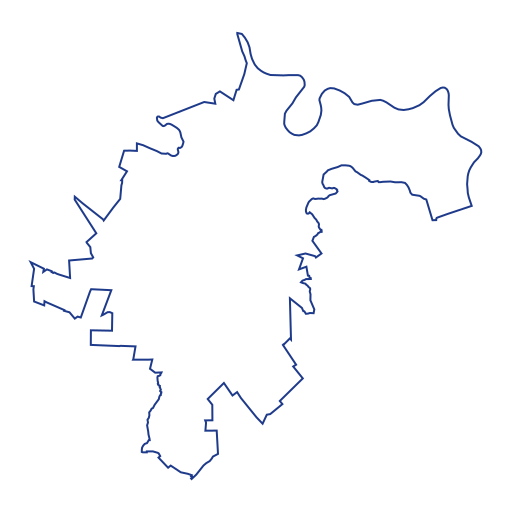 outline of Catazajá, Chiapas, Mexico
{"feature_id": "50627088B33192672219794", "entity_name": "Catazajá", "entity_type": "district", "adm_level": 2, "iso_a3": "MEX", "parent_name": "Mexico", "parent_adm1": "Chiapas", "projection": "robinson", "projection_center": [-91.989, 17.768], "detail": "fine", "context": "isolated", "style": "outline", "palette": "blue", "viewbox_px": 512, "rotation_deg": 0, "n_neighbors": 0, "source": "geoboundaries", "source_scale": "gbopen_adm2", "svg_char_len": 6025}
<svg xmlns="http://www.w3.org/2000/svg" viewBox="0 0 512 512"><path d="M442.9,87.5L440.7,88.0L435.6,91.2L430.0,95.9L423.6,102.2L419.4,105.2L412.9,108.1L408.4,109.3L403.6,110.0L398.4,109.4L394.4,107.7L386.5,102.4L383.1,100.7L380.3,99.9L371.7,100.8L362.4,103.5L357.7,104.7L354.3,104.1L352.5,102.5L349.2,96.9L344.6,93.2L339.7,90.5L334.1,88.4L330.3,88.1L327.8,88.8L324.8,90.5L321.9,93.8L319.6,98.4L319.4,100.1L320.7,105.0L321.2,107.7L321.4,110.6L320.8,115.0L318.4,122.0L316.8,125.3L313.9,128.4L310.2,131.4L306.2,133.4L302.0,134.9L298.9,135.4L294.3,134.9L291.9,133.7L289.6,132.2L287.7,130.2L285.7,127.6L284.7,125.5L284.2,123.8L284.3,121.2L284.9,113.7L286.5,110.7L292.4,103.4L295.9,97.4L304.2,86.8L304.7,85.1L304.5,82.0L304.0,80.2L303.2,78.8L301.9,77.1L300.2,75.7L298.0,75.1L289.5,75.1L283.4,75.4L270.4,75.0L266.3,73.6L263.6,72.4L261.0,70.8L257.7,68.2L254.8,64.6L253.6,62.2L252.0,58.8L250.6,54.0L249.5,47.4L247.7,42.4L244.9,37.7L241.9,34.0L237.3,33.0L237.3,34.1L242.2,51.3L244.5,56.4L245.5,59.8L246.8,63.2L244.3,74.1L238.9,89.5L236.6,89.8L233.4,100.2L219.9,91.4L215.8,93.9L214.3,98.6L215.3,103.7L204.2,102.0L162.9,118.2L160.6,117.6L159.0,116.5L157.6,116.6L157.0,117.4L156.9,118.0L157.3,120.6L158.0,121.6L159.2,122.8L162.6,125.9L163.3,126.1L164.6,125.8L167.0,123.9L168.7,123.7L170.1,124.0L171.7,124.7L175.3,126.9L177.1,128.1L179.0,129.8L179.9,131.3L180.4,132.7L181.4,137.4L183.5,141.6L183.2,143.2L182.4,145.7L181.8,146.8L181.2,147.3L179.9,148.0L178.8,147.7L178.0,148.4L177.8,148.9L177.8,149.6L178.3,151.5L178.4,152.4L178.0,153.7L176.9,154.8L175.5,155.7L174.8,155.9L172.8,156.0L171.1,155.5L168.1,153.5L167.3,153.3L166.2,153.8L161.5,153.5L156.9,151.1L149.8,148.2L143.1,145.2L136.9,143.4L136.9,150.9L130.3,150.6L124.1,150.7L119.2,166.9L127.0,171.3L121.3,180.2L122.2,180.2L122.1,182.9L121.4,185.3L120.2,198.9L113.4,207.4L103.7,220.5L103.1,219.4L82.6,203.3L74.8,196.7L74.7,199.6L96.3,233.3L86.5,242.1L86.8,242.8L90.3,247.1L90.9,253.2L93.2,257.4L92.2,258.5L69.1,260.5L70.1,278.0L59.2,274.6L56.9,273.8L54.5,272.5L53.7,272.6L53.5,272.9L52.9,272.8L52.7,272.4L51.9,272.2L52.1,271.9L51.7,271.5L51.7,271.2L46.9,269.4L43.3,271.9L43.9,268.7L30.7,262.2L34.1,268.8L31.6,286.1L33.8,286.2L33.4,289.4L34.1,301.5L44.2,305.4L44.5,301.2L46.5,302.3L64.4,310.1L64.1,310.8L69.5,312.3L74.8,318.6L77.6,316.6L80.8,317.5L90.0,291.6L91.1,289.2L111.3,290.2L101.8,315.4L103.5,314.6L107.6,312.2L109.8,312.1L112.3,313.2L112.0,330.7L90.9,330.3L90.8,344.9L119.6,346.1L120.1,345.9L122.0,345.9L135.5,346.4L133.3,359.3L133.1,359.7L147.7,359.7L152.3,359.5L150.0,368.8L155.2,372.7L161.5,372.4L161.2,373.1L160.4,374.1L160.3,375.2L159.3,375.8L157.7,376.2L157.4,377.6L157.7,381.3L157.9,381.7L158.2,383.1L157.8,383.6L158.0,384.4L158.1,384.7L158.5,384.7L159.3,385.7L159.9,385.9L159.9,386.3L159.6,387.0L160.1,387.6L160.2,388.5L160.8,389.4L160.8,389.8L160.1,391.0L160.4,391.4L161.4,392.1L161.3,393.0L161.0,393.2L160.8,395.0L160.4,395.0L160.0,395.4L159.3,396.9L158.8,399.2L154.7,404.7L153.0,408.0L151.6,408.7L150.7,410.5L149.2,412.4L149.4,415.3L148.8,417.8L147.5,419.8L148.0,422.5L147.1,425.3L148.2,431.5L148.5,434.5L149.5,438.6L149.7,440.1L148.8,440.1L147.0,443.1L144.7,443.9L143.2,445.6L142.1,447.6L141.8,449.8L141.8,452.0L142.8,452.3L146.8,452.3L146.8,451.4L152.9,451.4L157.7,452.8L158.6,453.3L160.2,456.1L158.5,457.6L168.1,467.7L170.7,465.6L180.8,472.3L187.8,473.8L191.8,475.2L191.2,476.2L191.6,476.3L192.8,477.0L191.1,478.4L191.6,479.0L196.2,474.7L203.5,465.5L206.3,463.1L209.7,461.1L211.8,458.5L212.9,456.6L218.0,453.9L216.7,430.6L205.4,430.7L206.0,423.4L206.0,422.5L205.2,420.4L212.4,420.3L212.3,404.8L207.7,399.0L223.9,383.0L232.5,395.5L237.1,392.1L240.9,398.0L256.5,417.3L262.6,423.7L266.8,414.7L270.2,414.1L282.4,404.1L279.8,401.0L302.8,378.4L293.2,366.5L296.1,364.7L282.9,344.9L283.2,344.6L283.4,344.9L289.9,338.4L291.0,339.6L289.9,298.3L301.9,307.9L303.3,311.1L303.9,311.1L304.4,311.4L305.9,313.8L308.0,313.6L309.9,313.0L313.6,313.2L314.3,309.4L310.4,300.3L310.5,294.2L309.8,291.7L309.8,290.9L310.2,289.6L310.1,288.3L308.5,286.9L307.5,285.6L306.1,284.6L305.5,283.7L302.7,283.0L301.0,282.3L302.5,280.6L304.6,279.9L306.0,279.1L310.8,279.0L310.7,278.0L309.6,277.7L309.2,275.8L307.9,275.6L306.4,266.7L299.0,269.4L303.0,258.3L297.2,255.4L305.5,253.5L314.9,256.1L315.2,256.3L315.9,257.5L321.5,253.5L312.4,240.8L313.9,236.9L315.6,236.0L317.4,234.5L318.0,233.3L318.5,232.9L319.3,232.7L320.4,231.8L321.6,231.9L321.7,231.1L321.6,230.5L321.4,229.8L320.6,229.8L320.3,229.5L319.0,227.5L318.7,226.4L319.0,224.2L318.4,222.8L317.2,221.5L316.5,220.1L316.0,219.4L314.6,218.0L312.2,214.3L309.7,212.3L308.9,213.3L308.6,213.5L307.8,213.7L306.7,213.4L306.0,211.7L305.9,209.9L306.4,207.4L308.4,202.7L309.0,201.7L311.7,199.1L313.2,198.4L315.1,199.0L318.4,198.6L320.1,198.7L321.8,198.6L323.6,199.1L324.8,198.8L326.8,197.9L328.0,196.9L328.6,196.0L329.3,195.5L330.0,195.1L335.4,193.6L335.8,193.4L337.2,191.9L337.5,191.4L337.1,190.6L337.2,190.0L336.8,189.7L336.6,189.2L334.5,188.0L333.6,187.9L332.2,188.4L329.1,187.8L328.3,188.0L327.7,188.5L326.8,188.6L325.4,188.2L324.9,187.9L324.1,186.9L323.5,185.3L322.6,183.8L322.2,182.1L323.6,174.5L326.8,171.6L327.9,170.3L331.7,168.8L337.8,167.0L341.5,165.3L345.2,165.3L348.9,165.7L350.3,166.1L351.4,166.8L352.7,167.9L355.5,171.4L357.1,172.2L360.8,174.9L362.3,175.5L365.8,177.7L369.3,180.1L369.1,180.8L370.8,181.8L371.7,182.0L373.5,182.0L373.9,181.7L377.8,181.0L378.6,182.1L380.7,182.1L382.8,181.8L390.5,181.5L395.2,182.3L401.5,182.2L405.0,182.9L406.9,184.9L408.5,187.4L409.9,190.8L410.4,192.7L412.2,194.7L419.4,195.8L420.4,196.2L423.8,198.7L426.3,199.5L432.5,220.2L436.2,220.1L436.3,218.7L436.7,217.9L437.9,217.4L448.0,213.8L471.7,205.9L468.8,197.3L467.8,193.0L467.6,189.8L467.1,184.2L467.7,176.4L468.3,173.4L469.3,170.3L470.8,167.3L474.0,162.3L477.9,158.3L480.0,155.4L480.8,154.0L481.3,152.3L481.1,150.1L480.3,148.4L478.7,146.3L471.7,141.9L460.9,136.4L458.0,133.7L453.8,127.8L452.5,124.7L450.0,115.4L448.8,109.1L448.5,104.9L448.8,95.6L448.7,94.0L448.3,92.2L447.6,90.4L446.5,88.9L444.7,87.7L442.9,87.5Z" fill="none" stroke="#1e3a8a" stroke-width="2"/></svg>